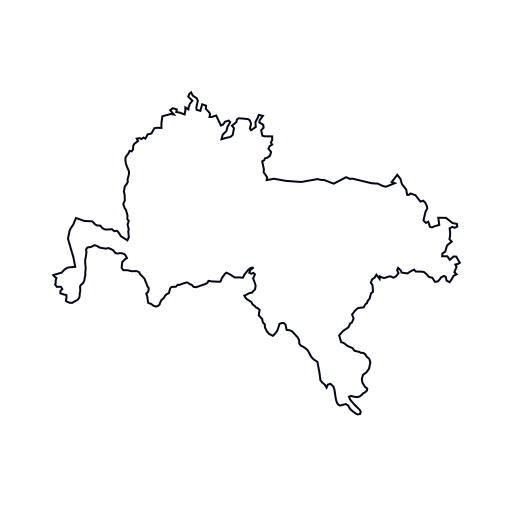 São Luiz Gonzaga, Rio Grande do Sul, Brazil, rotated 172°
{"feature_id": "56859067B99298801417178", "entity_name": "São Luiz Gonzaga", "entity_type": "district", "adm_level": 2, "iso_a3": "BRA", "parent_name": "Brazil", "parent_adm1": "Rio Grande do Sul", "projection": "mercator", "projection_center": [-54.867, -28.39], "detail": "fine", "context": "isolated", "style": "outline", "palette": "ink", "viewbox_px": 512, "rotation_deg": 172, "n_neighbors": 0, "source": "geoboundaries", "source_scale": "gbopen_adm2", "svg_char_len": 6091}
<svg xmlns="http://www.w3.org/2000/svg" viewBox="0 0 512 512"><g transform="rotate(172 256 256)"><path d="M342.5,391.9L346.4,391.5L349.2,387.6L350.9,388.9L353.2,387.8L354.8,388.9L357.8,388.8L356.8,386.3L360.9,384.0L362.3,382.1L362.9,378.7L364.6,376.9L366.5,377.7L368.1,375.3L371.4,372.0L372.0,369.1L371.9,364.8L370.9,360.7L370.0,357.6L370.5,354.5L372.6,349.5L372.6,347.3L374.3,345.0L376.2,343.3L377.8,338.3L377.6,334.7L378.2,329.1L380.2,326.0L379.5,321.9L378.4,319.8L377.6,314.0L378.3,310.6L377.2,308.3L378.8,304.9L378.3,300.3L379.1,297.9L379.3,292.3L381.2,289.4L387.0,294.4L389.0,298.8L390.2,300.3L392.9,300.3L395.0,302.6L400.9,303.0L402.9,303.9L404.6,305.4L405.9,307.7L409.1,308.4L410.7,309.4L413.3,313.1L421.1,314.6L429.0,318.7L432.4,312.8L435.5,309.3L437.0,307.2L439.8,299.3L437.0,280.0L436.5,270.4L442.7,270.8L444.8,270.5L447.4,269.3L450.8,266.6L459.4,265.3L458.5,263.6L456.7,262.0L457.8,259.6L458.0,257.5L458.9,255.8L457.6,253.2L453.5,252.7L452.4,250.1L454.3,248.9L455.0,246.3L452.2,244.9L449.2,243.7L449.5,241.1L450.5,237.9L449.0,236.7L447.0,235.6L444.4,235.2L441.6,236.4L438.8,237.4L437.0,239.1L436.2,241.0L435.7,243.7L434.9,245.6L434.4,250.6L433.1,252.0L430.9,253.3L429.3,255.9L428.5,258.7L427.6,260.9L427.5,262.9L426.4,267.3L426.2,270.0L426.2,272.2L425.9,274.6L425.5,276.5L424.5,279.2L423.3,283.7L423.5,285.9L421.8,287.9L418.1,287.9L414.3,289.2L411.9,287.9L409.5,286.0L403.8,284.2L401.1,284.4L399.0,283.3L396.8,281.7L395.7,280.1L394.8,278.4L392.9,277.7L390.6,277.8L388.1,277.3L385.8,276.0L384.7,273.8L384.1,271.9L386.5,270.8L389.3,268.6L390.7,263.1L389.6,260.5L384.9,259.7L381.3,258.2L379.5,258.1L375.8,257.5L374.1,256.3L373.2,254.0L371.4,251.6L369.5,248.9L369.0,246.3L368.4,244.4L367.9,241.6L366.7,239.1L367.7,235.6L369.9,234.0L369.3,231.1L369.4,228.0L369.2,224.5L366.6,223.2L364.3,220.9L362.2,219.9L360.0,220.2L358.4,221.2L357.1,223.6L355.7,225.6L353.2,227.2L351.5,229.3L349.8,230.6L347.4,231.4L345.5,235.9L344.0,237.1L339.7,236.7L337.6,238.3L335.4,238.1L333.6,238.6L328.4,239.5L326.8,238.8L325.6,237.4L323.5,236.3L322.2,234.2L319.6,233.4L312.8,234.8L310.2,235.2L307.9,236.2L306.5,238.0L303.8,237.1L296.6,235.7L294.8,235.6L293.8,237.2L292.8,239.0L289.2,242.7L287.6,243.6L284.5,241.6L280.1,237.7L276.0,237.2L273.8,236.7L271.9,236.4L270.2,239.0L265.6,243.4L263.0,244.9L260.0,244.9L263.5,243.0L265.0,240.4L263.2,239.1L260.9,239.6L259.6,238.0L261.9,234.3L261.6,232.4L261.0,230.2L260.5,226.6L261.6,223.1L263.5,221.7L265.0,220.3L267.9,220.1L273.1,218.3L272.1,216.0L271.0,214.4L267.0,211.1L266.1,208.5L264.2,206.7L263.2,205.1L261.3,203.8L259.9,202.1L260.7,199.9L261.5,196.8L258.7,192.8L258.4,189.1L256.8,187.2L257.1,183.9L255.7,179.9L254.0,177.1L250.4,174.6L247.8,176.6L245.8,178.5L244.5,180.5L242.2,185.5L239.7,186.1L237.8,185.7L236.3,183.9L236.0,178.6L233.3,177.9L230.9,176.5L228.8,173.7L227.6,171.8L226.1,169.8L225.1,166.8L225.3,163.0L223.9,160.8L221.9,159.6L219.7,157.5L218.3,156.0L217.4,154.2L216.0,150.2L214.9,147.8L213.4,145.7L209.9,142.6L209.4,131.0L209.5,124.1L208.1,121.6L205.7,118.9L204.4,115.8L202.8,118.6L200.1,119.1L197.5,115.9L196.9,112.5L196.9,105.5L196.7,101.8L196.1,99.1L195.1,97.3L193.5,96.2L187.7,96.9L185.5,95.1L184.6,92.5L183.6,90.8L182.4,89.4L178.8,85.8L177.1,84.9L174.9,85.1L174.0,87.0L174.8,89.4L178.4,94.0L181.6,98.8L182.9,101.0L183.5,103.7L181.4,104.2L178.5,103.0L175.1,102.1L172.8,102.6L170.7,103.7L169.1,105.0L166.9,105.9L164.8,107.4L164.3,109.3L166.2,111.2L168.0,115.1L168.3,117.1L168.3,119.5L166.5,123.5L163.0,125.3L159.7,128.7L157.5,135.0L158.3,138.7L160.4,140.8L161.4,143.4L163.2,145.1L165.5,145.5L167.0,146.6L171.7,148.5L173.3,151.4L177.5,153.9L181.2,157.6L183.7,158.9L184.7,165.8L180.3,169.6L174.4,172.5L172.1,176.1L170.3,176.8L168.1,180.3L169.0,184.7L165.0,188.6L162.3,190.2L156.5,190.2L154.3,193.1L152.6,193.9L151.8,195.8L149.4,198.0L147.3,203.0L145.1,204.3L144.8,208.7L144.8,211.3L146.0,213.6L144.3,216.7L141.6,218.0L139.4,220.7L136.8,216.1L136.2,218.6L134.6,217.4L132.1,216.3L127.9,217.1L125.7,217.2L123.0,215.4L120.2,216.4L117.3,219.1L118.2,222.5L116.9,224.4L114.6,221.5L114.2,219.4L112.2,218.7L108.5,217.7L103.9,219.7L101.3,220.5L100.0,218.4L94.9,217.6L92.0,216.8L90.1,214.8L88.8,213.0L87.7,211.2L84.4,209.9L82.4,205.5L79.5,205.5L77.4,207.2L75.5,209.2L72.7,210.1L71.0,209.0L70.7,205.1L67.9,203.1L65.8,205.3L63.1,208.9L59.9,210.0L61.8,212.3L58.9,217.3L59.8,219.8L57.3,220.0L55.1,220.9L57.8,227.5L60.4,228.0L64.6,225.2L66.6,229.1L71.7,229.8L71.0,232.6L68.0,234.0L65.4,239.8L60.2,243.0L62.1,245.8L61.0,248.9L60.5,252.1L60.4,256.5L57.5,257.5L55.5,256.3L52.6,257.1L52.6,259.8L56.8,261.3L62.5,267.3L70.2,268.5L70.2,261.3L75.6,260.5L77.8,259.8L79.7,260.7L80.6,266.0L83.2,265.1L85.2,268.0L81.9,276.4L79.8,279.1L79.8,281.5L80.9,285.0L82.7,287.5L85.6,287.0L89.6,294.0L94.4,296.4L95.9,295.3L97.8,295.5L98.0,300.8L101.6,307.2L102.1,312.0L104.8,316.7L111.3,310.4L108.5,308.8L117.6,306.5L120.6,307.6L125.3,310.7L131.2,311.9L150.1,319.3L152.2,319.2L155.8,321.5L169.0,316.8L178.2,321.9L180.3,322.1L184.5,323.6L200.9,323.0L215.8,326.2L227.5,330.0L234.9,329.7L234.0,332.4L236.8,338.0L236.1,340.7L236.7,348.9L234.6,349.7L233.4,351.5L230.9,351.8L228.1,353.5L226.6,356.9L228.7,360.4L227.3,362.9L224.5,364.1L225.5,366.2L223.9,368.5L223.3,372.2L230.7,373.3L232.9,374.2L233.4,379.8L230.6,382.0L230.6,384.9L234.1,387.8L233.5,389.9L229.7,393.8L233.6,395.3L234.9,392.9L237.9,388.7L238.3,383.8L243.4,381.2L244.3,383.1L242.5,387.6L243.2,391.1L244.7,392.6L249.7,393.9L254.1,394.8L255.9,393.8L256.8,391.3L261.7,388.4L260.0,385.6L262.2,379.2L264.9,377.4L269.0,377.2L273.9,376.4L272.2,380.6L267.8,384.0L266.5,387.5L262.9,392.2L264.1,393.9L267.9,393.3L270.4,390.7L272.6,390.1L275.9,400.7L280.4,399.8L282.7,400.1L281.7,403.1L282.7,405.3L285.2,408.7L284.5,411.8L288.2,413.7L290.9,407.5L294.4,409.0L294.5,411.1L292.0,417.9L292.8,420.5L296.3,423.6L297.5,427.1L299.4,425.9L300.9,423.3L297.4,418.6L300.1,416.1L302.0,412.8L302.6,410.6L305.3,412.9L305.7,410.0L307.0,406.1L311.6,408.6L314.9,409.7L314.0,412.2L317.9,413.9L320.7,412.3L317.6,407.5L320.6,408.5L329.3,407.4L331.2,400.6L331.8,396.0L335.9,396.7L338.8,396.7L342.5,391.9Z" fill="none" stroke="#020617" stroke-width="2"/></g></svg>